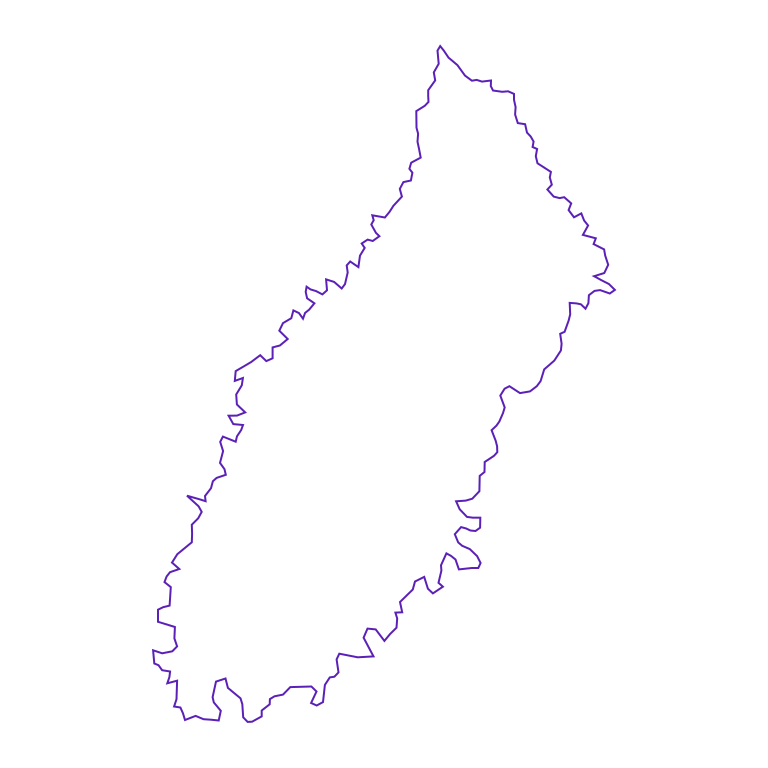 the district of Quevedos, Rio Grande do Sul, Brazil
{"feature_id": "56859067B61600726657402", "entity_name": "Quevedos", "entity_type": "district", "adm_level": 2, "iso_a3": "BRA", "parent_name": "Brazil", "parent_adm1": "Rio Grande do Sul", "projection": "orthographic", "projection_center": [-54.066, -29.293], "detail": "fine", "context": "isolated", "style": "outline", "palette": "violet", "viewbox_px": 768, "rotation_deg": 0, "n_neighbors": 0, "source": "geoboundaries", "source_scale": "gbopen_adm2", "svg_char_len": 3646}
<svg xmlns="http://www.w3.org/2000/svg" viewBox="0 0 768 768"><path d="M158.0,621.8L174.9,627.0L174.4,638.4L177.1,646.4L172.3,651.3L162.2,653.3L153.1,650.3L154.3,663.5L158.5,665.2L162.1,670.2L170.1,671.5L169.4,677.1L167.3,683.3L177.1,680.7L176.5,699.2L174.1,706.5L180.4,707.5L183.0,713.4L185.0,720.0L195.6,715.9L203.5,719.2L211.0,719.7L218.7,720.5L220.8,710.8L213.8,702.4L212.6,697.2L216.0,681.6L225.5,678.5L227.9,687.9L240.5,698.3L242.3,704.1L243.2,717.3L247.6,721.9L252.1,721.7L261.7,716.4L261.7,710.5L269.7,704.3L269.9,699.1L274.5,696.3L283.0,694.6L290.3,687.1L311.4,686.5L316.5,691.5L311.1,703.0L316.7,705.5L323.0,702.1L324.9,684.9L329.8,677.4L334.4,676.7L338.5,672.4L336.6,659.4L339.3,653.7L357.7,657.3L373.5,656.4L370.1,650.0L363.6,637.7L367.5,628.6L375.7,629.4L384.4,640.9L390.0,634.1L396.5,627.7L397.2,618.5L395.4,612.6L402.2,612.3L400.0,602.0L412.8,589.5L415.0,581.5L424.2,576.9L427.9,588.7L432.9,593.4L442.9,586.7L438.5,582.8L441.4,570.6L441.0,565.3L446.4,553.4L450.9,555.8L455.5,559.5L458.9,569.4L471.8,568.0L478.3,568.0L480.6,563.0L477.1,556.1L469.8,549.1L462.2,545.8L458.2,542.4L454.8,534.2L461.1,527.1L466.2,528.5L470.4,530.5L475.5,531.0L480.1,527.7L480.3,517.7L473.0,517.7L467.0,516.9L459.7,509.3L456.1,501.3L465.8,500.6L472.3,498.7L479.4,491.2L479.7,475.9L484.5,472.0L484.7,462.0L494.0,455.8L497.3,452.2L497.1,446.3L495.7,440.8L491.6,430.2L496.4,425.7L499.3,421.6L503.0,413.1L504.7,407.4L500.3,395.6L504.6,388.7L509.4,386.2L520.0,393.1L530.0,391.4L536.8,386.2L540.6,381.1L544.2,369.4L554.3,360.6L560.9,350.5L561.6,343.8L560.2,333.8L564.6,331.8L568.6,320.7L570.2,314.3L569.7,302.9L576.5,303.4L580.9,304.3L585.5,308.7L588.4,303.2L588.9,295.2L594.5,290.9L600.1,290.1L609.8,293.5L614.9,289.9L608.9,284.0L601.6,280.3L594.1,276.2L604.3,273.0L608.2,264.8L605.2,255.6L604.1,249.4L593.6,244.1L595.8,238.3L582.9,234.9L588.1,225.5L584.1,220.5L581.3,213.4L574.0,217.3L568.6,210.1L571.2,203.4L564.2,197.2L559.6,198.1L553.7,196.6L547.4,189.5L551.8,184.7L549.8,177.4L550.9,171.9L537.5,163.3L535.8,156.2L537.1,149.0L532.6,147.0L533.6,141.6L530.7,136.5L527.0,132.6L525.1,124.2L517.8,123.1L515.1,114.5L515.6,107.1L514.0,99.8L514.0,93.9L508.1,91.3L502.2,91.8L493.0,90.5L490.8,86.1L491.0,80.5L482.0,81.6L476.7,79.9L471.9,80.7L465.0,75.6L457.4,65.1L448.5,57.6L443.8,50.6L440.2,46.1L437.5,50.6L438.7,63.8L433.8,72.4L435.2,80.4L428.2,90.2L428.2,96.0L428.5,101.9L424.8,105.8L416.3,111.1L416.5,127.7L418.1,133.7L417.5,141.7L419.0,148.7L420.7,157.6L411.2,162.7L409.4,168.8L412.4,172.7L410.9,180.5L403.4,182.1L399.8,188.9L401.9,196.6L393.4,205.8L389.5,211.9L384.9,217.5L372.3,215.3L373.7,220.2L371.3,224.5L375.9,232.8L379.4,236.2L372.7,241.0L367.6,239.6L361.7,243.5L364.7,247.9L360.0,255.6L358.4,267.1L350.2,261.5L346.7,265.4L347.7,272.5L345.0,284.1L341.7,288.5L334.1,281.9L326.1,279.4L327.0,290.3L322.4,294.4L316.1,291.1L310.5,289.4L306.6,286.7L305.7,291.9L307.1,298.3L314.4,303.3L309.1,309.7L305.1,312.9L303.0,318.7L299.0,313.1L293.4,310.4L291.3,318.2L283.0,323.1L279.3,330.7L287.7,339.0L279.9,345.5L272.6,347.4L272.6,358.3L266.3,361.1L260.2,355.2L251.2,362.0L242.9,366.9L235.7,371.1L234.8,380.9L242.9,378.0L241.8,385.3L236.2,394.5L236.9,404.5L245.2,412.4L237.0,415.6L228.6,415.7L233.3,424.1L243.0,425.0L241.2,430.0L237.0,436.3L235.7,441.7L222.9,436.6L220.2,441.9L223.1,451.1L220.0,462.9L224.5,469.2L225.8,474.8L216.6,477.9L212.9,481.2L211.0,488.2L205.0,496.0L205.6,501.2L200.6,499.6L187.0,495.7L198.6,506.3L201.7,511.9L198.2,518.3L191.8,524.7L192.1,533.9L191.8,542.3L177.3,554.2L172.0,562.6L179.3,569.0L170.0,572.2L166.6,576.5L164.5,582.1L170.8,587.1L169.6,605.6L163.1,607.2L158.0,609.7L158.0,621.8Z" fill="none" stroke="#5b21b6" stroke-width="2"/></svg>